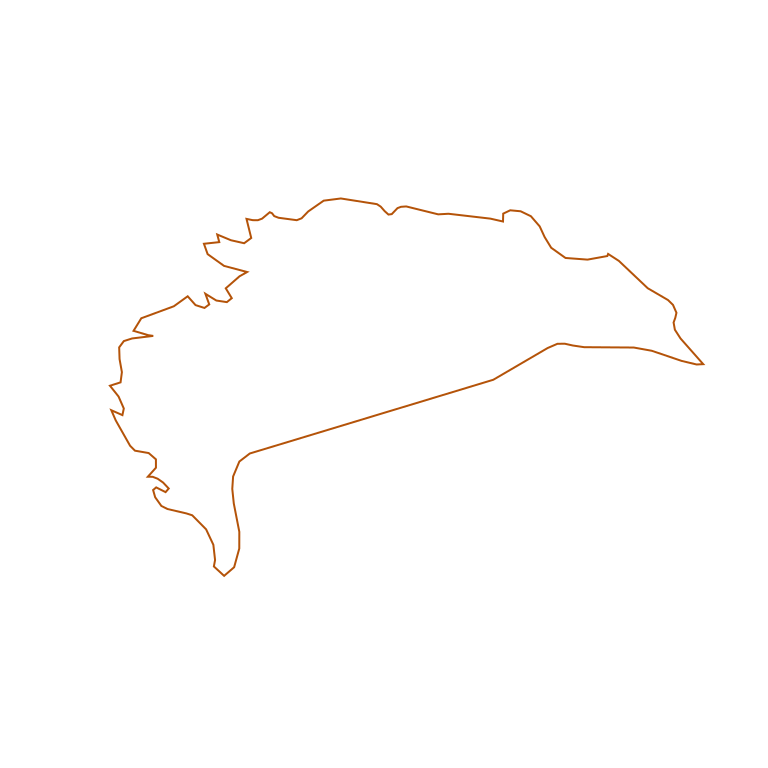 the Province of Camarines Norte, rotated 311°
{"feature_id": "PHL-2537", "entity_name": "Camarines Norte", "entity_type": "Province", "adm_level": 1, "iso_a3": "PHL", "parent_name": "Philippines", "parent_adm1": "", "projection": "equal_earth", "projection_center": [122.685, 14.086], "detail": "fine", "context": "isolated", "style": "outline", "palette": "amber", "viewbox_px": 768, "rotation_deg": 311, "n_neighbors": 0, "source": "natural_earth", "source_scale": "10m", "svg_char_len": 1666}
<svg xmlns="http://www.w3.org/2000/svg" viewBox="0 0 768 768"><g transform="rotate(311 384 384)"><path d="M134.7,375.3L140.3,372.0L150.7,360.7L157.6,345.1L159.1,325.4L156.7,319.8L147.6,302.6L145.9,296.0L148.4,285.6L152.5,279.3L156.5,279.9L159.1,290.1L163.9,290.1L164.7,281.9L164.0,275.3L162.2,270.3L159.1,266.6L171.2,266.8L177.5,261.3L177.5,251.7L170.3,239.8L170.8,232.9L180.5,205.5L185.3,195.4L188.9,207.0L194.8,203.7L200.4,191.9L202.9,178.3L212.4,184.1L221.0,178.4L229.3,168.1L237.9,160.1L245.7,159.5L253.1,164.0L268.9,178.3L266.1,173.9L259.8,160.1L274.4,157.7L304.8,174.4L321.4,178.3L319.9,190.0L323.6,198.6L329.4,199.9L334.9,190.0L337.0,202.7L342.7,211.7L348.9,212.8L352.4,201.8L370.5,204.3L378.7,207.2L368.2,185.8L366.3,165.7L371.7,156.1L383.0,166.6L387.4,160.1L392.1,174.2L398.5,186.1L407.1,188.0L418.4,171.9L421.5,177.4L424.8,181.3L428.8,183.5L438.7,185.1L439.4,187.5L438.7,191.0L440.3,195.4L450.4,210.7L455.0,213.1L464.5,213.6L482.8,218.2L495.7,229.7L515.1,260.7L515.7,265.2L514.9,271.1L514.8,276.2L517.3,278.4L525.6,278.8L528.9,280.6L532.6,284.3L547.6,313.6L554.8,321.0L578.6,355.8L584.7,367.2L590.8,362.2L597.9,365.3L604.0,373.8L607.0,384.8L605.1,398.1L600.3,408.8L596.5,420.8L598.2,438.3L611.4,456.0L627.1,468.6L629.2,467.8L631.0,480.5L629.3,520.2L633.7,543.3L633.3,550.2L629.6,558.0L625.1,560.4L620.4,562.2L615.8,567.9L612.9,577.9L608.4,611.9L603.8,607.1L596.7,593.5L584.7,564.2L575.4,548.6L543.1,510.9L536.9,501.2L533.0,494.0L528.1,488.5L518.5,483.9L458.9,463.7L243.5,328.3L230.6,325.7L215.2,330.8L205.3,338.3L195.3,349.0L177.5,371.8L164.9,382.7L147.4,391.1L134.3,389.2L134.7,375.4L134.7,375.3Z" fill="none" stroke="#b45309" stroke-width="2"/></g></svg>